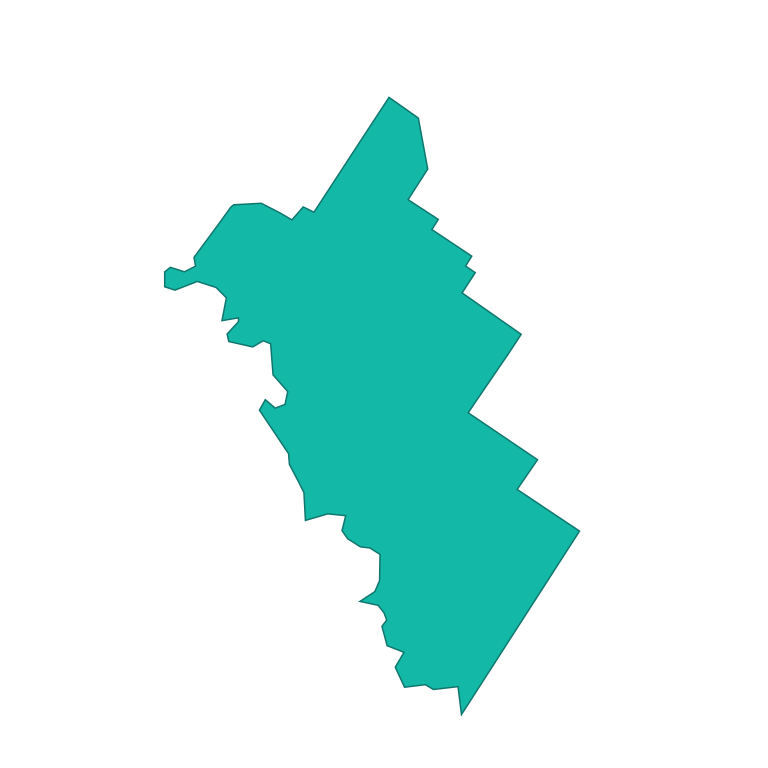 the district of Talladega, Alabama, United States of America, rotated 303°
{"feature_id": "52423323B97110600833834", "entity_name": "Talladega", "entity_type": "district", "adm_level": 2, "iso_a3": "USA", "parent_name": "United States of America", "parent_adm1": "Alabama", "projection": "orthographic", "projection_center": [-86.194, 33.401], "detail": "fine", "context": "isolated", "style": "filled", "palette": "teal", "viewbox_px": 768, "rotation_deg": 303, "n_neighbors": 0, "source": "geoboundaries", "source_scale": "gbopen_adm2", "svg_char_len": 1119}
<svg xmlns="http://www.w3.org/2000/svg" viewBox="0 0 768 768"><g transform="rotate(303 384 384)"><path d="M588.1,303.6L625.7,268.0L626.2,256.2L627.1,232.1L571.6,231.9L489.9,231.7L488.5,219.8L471.5,217.4L470.8,203.4L468.7,182.6L452.4,160.3L448.8,159.2L431.8,158.4L386.7,155.7L380.2,161.8L369.4,155.5L365.5,141.3L358.6,139.0L346.1,147.1L348.9,157.6L368.3,171.5L373.5,190.6L370.4,204.9L348.9,213.6L360.2,225.9L357.1,228.0L340.4,225.2L335.1,230.7L343.6,253.7L354.5,259.2L356.0,267.0L331.2,286.0L325.2,307.4L312.9,312.1L304.5,305.9L306.2,293.0L294.2,293.8L273.6,341.9L265.0,348.5L256.1,364.4L249.3,376.0L226.8,392.4L244.5,407.6L252.7,423.6L238.1,428.7L234.4,437.9L234.6,453.0L238.8,461.4L238.9,473.5L216.6,487.4L204.9,489.4L188.5,482.2L195.2,499.6L192.1,508.6L187.5,514.8L179.6,514.3L166.2,529.2L169.9,546.9L152.6,547.7L140.9,566.4L154.4,582.5L154.7,591.8L170.5,610.9L149.0,629.0L367.1,628.1L368.1,553.1L404.1,554.0L405.7,470.3L417.6,470.5L478.9,471.9L500.4,472.0L502.9,399.9L527.1,399.9L527.3,388.2L539.0,388.0L539.6,340.0L551.6,339.9L551.7,303.8L588.1,303.6Z" fill="#14b8a6" stroke="#0f766e" stroke-width="1.5"/></g></svg>